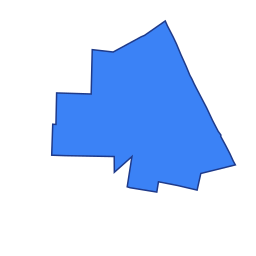 Orleans, Vermont, United States of America (orthographic projection), rotated 64°
{"feature_id": "52423323B93976880688423", "entity_name": "Orleans", "entity_type": "district", "adm_level": 2, "iso_a3": "USA", "parent_name": "United States of America", "parent_adm1": "Vermont", "projection": "orthographic", "projection_center": [-72.211, 44.776], "detail": "fine", "context": "isolated", "style": "filled", "palette": "blue", "viewbox_px": 256, "rotation_deg": 64, "n_neighbors": 0, "source": "geoboundaries", "source_scale": "gbopen_adm2", "svg_char_len": 645}
<svg xmlns="http://www.w3.org/2000/svg" viewBox="0 0 256 256"><g transform="rotate(64 128 128)"><path d="M208.2,47.7L204.0,47.9L196.1,47.7L186.5,47.9L177.6,48.3L176.0,48.3L175.1,47.6L170.5,48.4L158.1,48.7L144.1,48.5L123.1,49.1L117.2,49.2L112.1,49.1L107.7,49.3L103.0,49.0L98.3,48.7L85.4,48.3L73.8,47.6L66.0,47.5L53.4,47.8L48.1,47.6L52.0,72.6L51.8,76.2L53.2,108.0L41.9,125.8L81.3,146.2L66.6,174.1L65.2,176.8L93.2,191.2L91.6,194.0L119.0,208.5L125.3,196.6L147.6,152.9L161.8,159.7L155.4,137.0L180.5,154.5L182.6,152.3L198.2,130.2L189.7,124.2L201.6,108.4L214.1,93.1L200.8,82.5L208.2,47.7Z" fill="#3b82f6" stroke="#1e3a8a" stroke-width="1.5"/></g></svg>